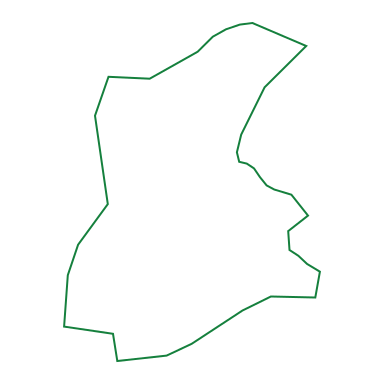 map outline of Domžale (orthographic projection)
{"feature_id": "SVN-205", "entity_name": "Domžale", "entity_type": "Municipality", "adm_level": 1, "iso_a3": "SVN", "parent_name": "Slovenia", "parent_adm1": "", "projection": "orthographic", "projection_center": [14.641, 46.152], "detail": "fine", "context": "isolated", "style": "outline", "palette": "green", "viewbox_px": 384, "rotation_deg": 0, "n_neighbors": 0, "source": "natural_earth", "source_scale": "10m", "svg_char_len": 558}
<svg xmlns="http://www.w3.org/2000/svg" viewBox="0 0 384 384"><path d="M107.8,204.1L95.0,115.7L108.5,76.8L149.7,78.7L197.7,51.7L212.8,36.7L226.0,29.3L239.8,24.6L252.4,23.0L306.2,46.0L264.6,87.3L241.2,134.6L236.9,152.3L239.2,161.8L246.8,163.6L254.0,168.4L260.0,177.2L266.6,185.4L274.2,189.5L291.4,194.7L308.0,215.6L288.2,231.1L289.5,250.0L298.4,255.8L307.0,263.9L319.9,271.7L315.3,297.5L270.9,296.5L242.5,310.5L191.7,343.8L166.6,355.6L117.3,361.0L113.0,333.8L64.1,326.6L67.8,275.2L78.1,244.7L107.8,204.1Z" fill="none" stroke="#15803d" stroke-width="2"/></svg>